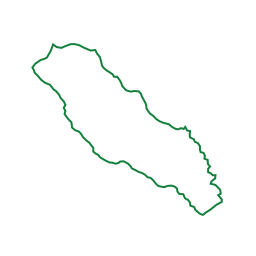 Ourizona, Paraná, Brazil (Albers equal-area conic projection), rotated 278°
{"feature_id": "56859067B49568811571304", "entity_name": "Ourizona", "entity_type": "district", "adm_level": 2, "iso_a3": "BRA", "parent_name": "Brazil", "parent_adm1": "Paraná", "projection": "albers", "projection_center": [-52.237, -23.461], "detail": "fine", "context": "isolated", "style": "outline", "palette": "green", "viewbox_px": 256, "rotation_deg": 278, "n_neighbors": 0, "source": "geoboundaries", "source_scale": "gbopen_adm2", "svg_char_len": 1949}
<svg xmlns="http://www.w3.org/2000/svg" viewBox="0 0 256 256"><g transform="rotate(278 128 128)"><path d="M137.0,184.5L134.8,183.3L135.2,180.5L133.6,177.7L133.8,175.1L135.1,171.7L137.4,167.8L138.2,161.5L139.1,158.4L140.7,154.9L143.3,151.6L145.6,147.5L147.9,145.3L149.9,143.6L152.7,143.0L155.0,141.9L158.0,139.7L161.2,137.3L163.5,136.2L165.7,133.8L165.6,129.6L164.4,125.4L165.1,120.9L168.4,116.7L171.5,115.1L174.4,113.0L177.2,110.2L176.8,107.0L178.9,105.5L180.6,102.1L182.2,98.5L184.2,95.5L186.1,93.6L189.4,92.4L194.3,90.3L197.6,86.8L200.7,84.8L199.5,80.2L201.5,72.8L203.3,67.9L203.6,63.5L203.1,59.7L201.6,56.9L200.0,53.9L198.1,51.0L198.2,46.2L200.3,42.2L193.8,40.8L186.5,37.9L185.0,35.9L183.2,32.0L178.6,27.1L174.6,24.9L172.4,26.6L169.8,27.9L167.9,30.5L165.7,33.0L163.5,35.5L161.4,39.2L159.9,44.7L155.9,48.9L154.5,51.6L151.3,55.2L148.4,57.0L145.6,60.5L142.3,62.8L139.1,61.6L136.2,63.6L133.1,63.2L131.2,64.9L128.6,67.5L125.8,71.1L123.3,71.9L120.7,72.5L118.5,75.8L117.6,79.9L115.9,82.1L112.7,84.7L109.9,88.5L108.0,91.9L105.8,93.9L103.6,96.3L99.9,96.9L98.2,99.5L97.2,102.4L95.3,104.1L94.1,106.7L92.5,110.6L91.3,114.5L91.5,117.7L90.9,120.4L91.9,123.3L93.7,124.9L94.4,128.3L92.7,133.0L90.8,135.5L88.4,137.7L87.5,140.7L85.9,145.0L85.5,147.9L84.1,151.3L82.0,154.2L81.8,157.2L79.8,160.1L76.8,163.3L74.8,166.0L74.5,169.6L74.6,172.5L76.1,175.0L77.0,179.2L76.4,182.5L74.8,185.0L71.9,185.8L69.8,188.1L70.1,192.0L66.4,194.1L65.0,197.7L62.9,199.7L59.8,200.6L59.0,204.4L56.1,206.3L54.5,208.8L52.9,211.6L52.4,214.3L55.3,217.0L58.3,220.6L64.5,226.5L67.8,231.1L70.3,230.8L74.0,226.7L75.9,229.0L79.6,227.9L83.8,222.5L84.3,217.6L86.7,218.1L90.2,221.3L93.5,221.2L93.0,218.4L94.7,216.2L95.4,213.5L98.7,213.0L101.3,214.6L103.4,212.2L107.5,211.3L108.3,207.9L111.1,208.1L113.9,206.3L114.2,203.3L116.7,202.2L119.8,201.9L122.7,199.4L123.7,196.1L126.0,194.8L127.4,190.6L130.2,190.0L133.6,189.9L133.8,186.9L137.0,184.5Z" fill="none" stroke="#15803d" stroke-width="2"/></g></svg>